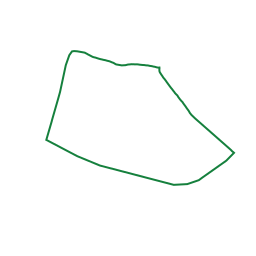 Al Wadi', Abyan, Yemen (Mercator projection), rotated 44°
{"feature_id": "15242507B19618049480108", "entity_name": "Al Wadi'", "entity_type": "district", "adm_level": 2, "iso_a3": "YEM", "parent_name": "Yemen", "parent_adm1": "Abyan", "projection": "mercator", "projection_center": [46.038, 13.695], "detail": "fine", "context": "isolated", "style": "outline", "palette": "green", "viewbox_px": 256, "rotation_deg": 44, "n_neighbors": 0, "source": "geoboundaries", "source_scale": "gbopen_adm2", "svg_char_len": 1702}
<svg xmlns="http://www.w3.org/2000/svg" viewBox="0 0 256 256"><g transform="rotate(44 128 128)"><path d="M215.9,112.1L221.4,83.2L221.5,72.2L221.0,72.2L220.0,72.3L218.9,72.4L217.8,72.3L216.9,72.3L173.9,74.3L169.7,74.5L168.8,74.5L167.8,74.5L166.7,74.5L165.5,74.5L164.3,74.5L163.1,74.3L162.0,74.2L160.8,73.8L159.7,73.5L158.6,73.3L157.3,73.1L156.2,72.9L154.9,72.6L153.8,72.4L152.6,72.2L151.4,72.0L150.3,71.8L149.3,71.5L148.1,71.5L146.8,71.4L145.7,71.3L144.5,71.1L143.3,70.9L142.2,70.7L141.0,70.3L139.9,70.3L138.7,70.3L137.4,70.2L136.0,69.9L134.9,69.8L133.7,69.6L132.5,69.4L131.3,69.3L130.0,69.1L128.7,68.9L127.7,68.7L126.4,68.5L125.4,68.3L124.1,68.1L122.8,67.8L121.5,67.6L120.3,67.4L118.9,67.3L117.8,67.1L116.7,66.8L115.7,66.6L114.6,66.4L113.5,66.1L112.5,65.9L111.5,65.5L110.5,64.7L109.7,63.9L109.0,63.0L108.6,62.7L108.4,63.0L107.6,63.7L106.6,64.4L105.6,64.9L104.5,65.5L103.7,66.1L102.6,66.7L101.4,67.5L100.5,68.2L99.6,68.7L98.7,69.3L97.8,70.1L96.9,70.8L96.0,71.4L95.0,72.3L94.0,73.1L93.1,73.8L92.2,74.5L91.3,75.1L90.4,75.8L89.6,76.6L88.7,77.5L87.9,78.1L87.1,78.9L86.1,79.8L85.3,80.8L84.5,81.7L83.8,82.5L83.2,83.5L82.5,84.6L80.0,87.3L75.3,90.5L75.0,90.6L73.9,90.9L72.9,91.1L71.9,91.4L70.9,91.9L69.8,92.3L68.5,92.8L67.6,93.3L66.6,93.9L65.7,94.4L64.7,94.9L63.8,95.5L62.7,96.2L61.6,96.8L60.7,97.4L59.8,97.9L58.9,98.4L57.9,98.9L56.9,99.4L55.8,99.9L54.5,100.7L53.6,101.2L52.5,101.6L51.4,101.9L50.4,102.2L49.3,102.5L48.1,102.9L47.1,103.1L45.8,103.5L44.8,103.8L44.6,103.8L38.2,108.1L35.8,110.1L34.5,111.8L35.2,116.4L39.6,126.0L54.1,149.3L57.5,155.6L68.0,175.4L68.5,176.2L77.5,193.3L111.1,183.5L133.9,174.5L200.4,137.1L209.6,127.2L215.2,116.3L215.9,112.1Z" fill="none" stroke="#15803d" stroke-width="2"/></g></svg>